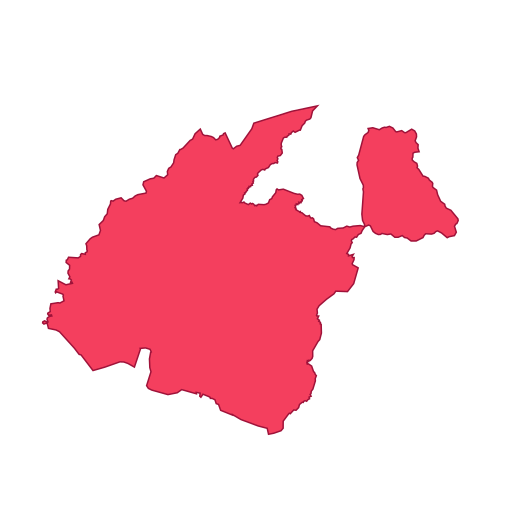 outline of Lahat, Sumatera Selatan, Indonesia, rotated 197°
{"feature_id": "22746128B84107388414918", "entity_name": "Lahat", "entity_type": "district", "adm_level": 2, "iso_a3": "IDN", "parent_name": "Indonesia", "parent_adm1": "Sumatera Selatan", "projection": "albers", "projection_center": [103.338, -3.877], "detail": "fine", "context": "isolated", "style": "filled", "palette": "rose", "viewbox_px": 512, "rotation_deg": 197, "n_neighbors": 0, "source": "geoboundaries", "source_scale": "gbopen_adm2", "svg_char_len": 6139}
<svg xmlns="http://www.w3.org/2000/svg" viewBox="0 0 512 512"><g transform="rotate(197 256 256)"><path d="M160.5,315.8L165.2,315.6L171.9,312.9L174.8,311.1L177.9,311.1L180.8,308.3L186.0,306.3L187.6,304.5L190.2,304.2L192.9,304.7L193.9,305.5L203.0,303.8L207.3,305.6L210.2,305.9L211.8,308.4L213.2,309.0L214.4,308.4L215.2,308.6L216.9,310.3L217.9,309.4L220.2,308.9L224.8,310.8L226.6,310.6L226.7,311.4L227.4,311.0L231.4,312.0L231.3,312.7L232.8,313.6L232.3,314.2L233.4,315.9L232.1,316.9L232.5,317.6L231.1,317.5L231.2,318.1L230.1,318.7L230.8,319.9L228.8,320.0L229.0,320.7L228.5,320.7L227.9,322.5L228.1,322.9L229.0,322.3L228.5,322.6L228.8,323.3L227.4,324.8L229.9,327.4L232.3,328.0L234.2,327.2L238.0,327.0L249.4,327.9L253.8,325.8L255.5,326.3L256.0,325.2L255.6,322.3L257.6,317.4L257.7,315.5L259.4,313.9L259.6,310.4L261.7,308.3L263.4,307.4L268.9,306.1L270.0,304.2L270.8,304.6L271.7,303.7L273.6,305.0L274.8,305.2L275.4,304.5L276.9,304.9L278.4,302.9L282.7,303.5L283.3,304.1L284.9,302.8L285.5,303.0L286.8,302.4L285.5,307.5L285.9,310.5L284.7,312.2L285.3,313.0L284.3,313.8L284.4,314.6L283.4,316.3L284.1,317.5L283.0,318.3L283.5,319.0L282.7,319.6L283.0,320.5L281.5,320.7L281.6,321.6L280.2,322.6L281.0,323.6L279.9,325.0L280.7,326.2L280.2,327.1L280.8,327.8L280.7,329.4L279.9,331.0L278.7,331.6L277.7,333.7L278.6,334.9L278.3,336.2L276.1,339.9L274.7,340.9L272.8,340.8L272.6,342.0L270.0,344.2L269.0,347.6L267.6,349.1L266.1,349.6L265.1,350.9L262.7,351.2L262.7,352.5L263.7,353.4L263.5,355.4L264.4,356.2L264.4,357.8L262.1,359.2L261.0,362.2L262.5,365.5L263.5,365.8L263.8,367.4L263.3,368.0L264.4,369.6L264.8,371.4L264.3,376.9L263.2,378.0L261.3,378.6L261.2,379.6L259.9,381.2L260.1,382.5L258.4,382.7L258.2,384.4L256.9,386.4L254.8,385.7L251.1,389.2L250.4,389.3L250.0,394.1L248.3,397.3L248.2,399.4L247.4,400.7L244.6,402.7L243.9,404.3L244.3,411.3L241.2,417.5L264.2,404.8L296.9,382.4L297.2,376.4L303.5,357.2L306.6,355.3L309.0,351.9L310.3,352.3L321.5,364.7L322.8,363.5L322.9,362.1L325.6,360.0L325.5,358.6L326.8,356.3L328.5,355.3L331.2,356.8L333.6,357.2L338.0,356.9L340.3,356.2L342.5,356.7L346.4,361.1L350.0,355.1L350.8,349.3L352.8,347.2L357.3,337.9L359.3,335.7L360.0,335.5L360.8,331.4L362.4,329.4L362.5,324.1L362.0,321.1L363.3,316.4L365.1,314.3L365.5,310.9L364.2,307.9L366.8,303.7L374.8,303.8L376.5,300.5L379.7,298.9L385.1,294.2L384.9,291.0L379.7,285.9L379.6,284.0L387.0,280.1L389.1,278.1L390.9,275.1L393.7,273.3L396.3,270.4L398.3,270.2L402.0,272.2L406.7,269.3L408.7,266.7L410.6,266.6L411.0,266.0L410.4,263.2L411.4,257.3L410.6,252.9L412.2,249.3L412.4,245.3L415.2,240.2L412.2,235.0L412.4,230.3L417.9,226.2L419.6,224.0L422.2,218.0L420.9,216.3L419.5,212.3L418.9,211.9L418.8,210.6L420.2,209.1L419.7,207.7L423.4,207.4L424.2,206.1L423.7,204.3L425.5,202.2L434.9,200.0L435.3,197.3L436.2,196.5L435.7,194.3L431.5,192.6L430.5,189.0L431.3,186.8L430.8,184.6L427.9,181.7L428.3,179.5L426.8,179.7L425.6,179.1L425.6,176.7L424.3,177.2L423.5,176.2L429.4,172.9L438.0,174.5L435.3,167.3L436.3,166.0L437.3,165.9L437.5,162.9L436.8,162.2L436.2,163.4L429.6,163.0L428.8,162.3L428.8,161.1L426.5,157.0L429.8,153.7L431.6,153.5L438.2,150.3L437.7,145.6L436.5,142.7L438.4,140.5L438.3,139.7L437.0,138.7L434.4,139.9L433.7,138.9L435.8,137.9L437.4,135.9L437.4,134.5L435.6,132.1L435.8,131.7L439.2,132.2L440.6,130.8L440.5,129.6L438.9,128.9L437.1,130.3L435.9,130.4L433.3,126.1L425.6,126.8L421.7,126.1L402.8,114.8L396.4,110.2L394.4,110.3L378.4,98.8L368.1,105.5L355.2,115.0L351.4,116.0L347.0,115.8L339.8,114.2L339.3,133.5L339.7,133.8L334.8,135.8L330.0,135.8L328.1,133.6L328.6,133.1L327.8,126.4L324.9,118.2L322.6,114.6L322.7,100.0L320.2,97.9L316.4,97.3L299.7,97.7L291.3,102.2L288.0,106.5L272.7,106.8L273.3,108.1L269.3,108.5L268.8,105.5L267.4,104.8L266.3,108.3L260.2,107.8L258.5,107.4L258.0,106.5L256.2,107.0L253.2,106.5L250.9,103.2L248.4,103.1L244.7,98.1L232.0,97.0L232.2,97.5L222.6,95.2L204.3,94.1L194.9,94.5L191.9,89.2L187.2,91.7L181.0,96.2L179.7,99.2L181.7,106.0L178.6,114.7L178.2,115.4L177.1,115.2L174.9,119.8L172.6,120.2L170.9,123.5L171.0,126.7L169.0,129.7L168.0,129.8L167.9,130.9L166.8,132.0L165.1,131.9L164.4,133.8L163.2,134.9L163.9,134.7L163.1,135.2L164.0,136.6L162.3,138.0L163.8,139.5L163.2,140.5L163.6,142.9L162.7,145.3L162.7,153.9L163.5,156.1L163.3,159.2L164.7,160.1L166.0,161.8L167.1,162.2L170.6,167.0L174.0,168.1L175.4,167.6L176.0,168.6L175.2,168.7L176.3,170.1L176.3,171.0L174.7,170.7L174.9,171.8L173.6,171.9L172.4,174.5L172.4,176.6L174.1,181.9L171.7,192.3L170.6,194.7L170.9,201.4L173.7,209.7L174.8,209.9L174.7,210.9L175.6,211.7L176.9,211.9L176.6,213.1L178.9,213.9L178.5,216.9L180.3,216.5L180.8,217.0L180.6,219.4L182.1,223.0L181.1,226.9L175.9,235.3L170.4,242.6L169.4,245.7L158.1,248.7L154.5,258.1L154.8,274.5L161.1,275.9L161.8,276.8L161.2,281.1L161.7,283.2L163.3,282.7L164.0,283.6L163.4,286.0L167.6,283.2L168.0,284.6L169.9,284.9L168.4,291.2L168.6,295.3L167.9,296.9L169.2,298.3L169.3,299.8L168.3,300.6L166.9,303.1L165.3,303.4L164.4,306.5L162.2,308.4L161.9,311.4L160.5,315.8ZM186.1,410.7L184.9,409.2L184.9,406.9L187.2,403.9L188.0,401.9L187.3,382.5L187.9,379.7L185.9,377.5L186.6,375.0L186.0,372.6L179.2,360.5L174.1,355.1L173.3,352.9L173.4,351.4L172.0,348.8L167.0,327.0L164.5,321.2L161.6,318.1L160.5,315.8L157.4,318.5L155.5,318.3L151.2,313.7L148.4,312.6L145.2,312.3L143.2,313.1L142.2,314.4L136.7,314.9L133.5,316.5L128.7,314.5L125.5,315.5L122.1,318.3L119.4,317.1L116.7,317.4L112.1,315.7L107.2,317.2L101.7,322.4L101.2,325.1L100.2,326.9L94.5,328.3L92.3,329.8L91.2,331.9L89.7,333.1L85.3,332.3L78.5,329.4L77.0,330.9L72.2,333.5L71.4,337.3L74.9,342.5L74.3,344.9L73.4,345.8L73.0,349.0L73.8,350.6L83.0,356.7L88.0,357.4L89.8,359.0L90.7,360.7L95.4,362.3L100.2,367.7L102.6,371.8L106.8,373.3L107.6,374.2L108.2,377.1L109.1,378.0L112.4,379.3L113.9,380.8L117.9,381.5L119.6,381.2L125.6,386.4L127.8,387.5L127.8,389.2L129.3,391.6L132.3,392.3L134.7,393.5L135.2,395.2L134.9,396.3L135.9,400.2L134.6,401.6L130.5,403.4L132.7,406.5L133.5,409.9L136.1,411.2L137.5,412.7L137.3,416.9L138.3,419.6L140.8,422.0L144.2,422.8L148.8,417.7L150.0,417.4L153.3,418.5L157.7,415.8L158.8,415.8L162.5,418.4L166.3,419.0L169.1,417.0L170.8,416.7L172.8,415.3L175.0,412.8L181.8,412.8L186.1,410.7Z" fill="#f43f5e" stroke="#9f1239" stroke-width="1.5"/></g></svg>